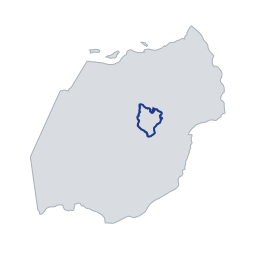 Iringa, Iringa, United Republic of Tanzania shown in context, rotated 262°
{"feature_id": "72390352B92646008536074", "entity_name": "Iringa", "entity_type": "district", "adm_level": 2, "iso_a3": "TZA", "parent_name": "United Republic of Tanzania", "parent_adm1": "Iringa", "projection": "robinson", "projection_center": [35.361, -7.564], "detail": "fine", "context": "in_parent", "style": "outline", "palette": "blue", "viewbox_px": 256, "rotation_deg": 262, "n_neighbors": 0, "source": "geoboundaries", "source_scale": "gbopen_adm2", "svg_char_len": 7898}
<svg xmlns="http://www.w3.org/2000/svg" viewBox="0 0 256 256"><g transform="rotate(262 128 128)"><path d="M95.5,185.4L92.8,183.8L90.4,182.8L88.4,181.7L87.5,180.7L85.6,180.3L84.0,180.1L82.5,179.1L79.4,178.7L79.0,178.1L79.0,176.6L78.4,176.3L77.3,175.9L76.1,175.9L75.3,176.1L74.9,176.0L73.9,175.1L73.0,174.1L72.6,172.3L71.2,171.2L69.6,170.3L65.0,170.4L64.3,170.2L63.2,169.3L62.0,167.8L60.9,166.2L60.0,163.9L59.1,160.9L53.9,148.8L53.3,146.5L52.3,143.9L50.6,140.8L48.9,138.5L46.5,136.4L43.8,134.3L42.3,132.9L39.5,127.2L38.9,124.6L38.4,121.8L38.6,120.7L40.4,117.1L40.5,116.1L40.3,114.7L39.4,111.9L38.3,108.5L36.1,102.2L35.8,100.6L35.8,99.4L37.1,93.1L37.1,92.2L42.3,92.3L46.1,89.5L49.4,85.3L50.1,83.6L51.4,80.9L52.8,79.6L53.3,78.7L54.0,76.0L55.8,74.2L57.4,72.8L57.1,71.8L57.3,71.4L58.3,70.7L60.1,70.1L60.4,68.7L60.4,67.1L60.1,66.2L60.2,65.2L59.9,64.6L58.7,64.5L57.0,63.7L55.5,63.4L54.5,62.9L54.1,62.6L54.0,61.6L54.8,59.2L54.0,58.2L55.8,54.1L56.1,53.6L56.8,53.6L57.8,53.1L58.8,52.9L59.6,53.1L60.2,52.9L60.7,52.5L61.1,51.1L61.5,48.8L61.3,46.9L60.5,45.5L60.3,43.3L60.7,40.4L60.4,37.9L59.6,35.9L58.7,34.8L57.4,34.2L55.3,31.2L54.7,29.8L54.8,28.9L55.5,28.5L56.8,28.6L58.1,28.3L59.2,27.5L60.3,27.2L60.9,27.3L113.0,27.3L173.8,65.8L174.0,66.2L174.5,69.5L174.4,70.7L173.5,72.6L173.2,73.6L173.2,74.3L173.4,74.5L174.2,74.6L174.9,75.1L175.2,75.4L175.7,76.9L176.3,77.6L199.4,96.4L199.9,96.7L199.6,98.3L198.3,102.1L198.2,103.7L197.7,105.6L197.2,106.9L195.9,112.3L194.8,114.3L193.2,119.0L193.0,122.6L193.8,125.2L194.1,127.5L195.9,129.9L197.3,130.7L198.3,131.8L200.0,134.2L201.0,136.6L204.0,137.8L205.2,140.6L204.8,142.4L203.4,144.0L202.0,146.5L200.9,149.9L200.9,154.9L201.6,154.2L203.2,155.4L203.4,159.1L201.8,163.5L201.2,165.5L201.2,167.3L202.4,172.5L204.2,175.1L204.1,176.0L203.6,176.6L206.7,181.3L206.4,185.4L207.6,188.6L208.1,191.3L208.9,193.5L209.0,194.9L208.1,196.5L210.3,196.9L211.7,198.3L212.3,199.5L214.0,199.5L214.9,200.3L216.2,201.0L219.0,203.2L219.8,204.2L220.2,205.2L212.3,212.0L209.5,213.7L207.5,214.5L205.3,214.9L203.3,216.0L201.3,217.6L198.8,218.5L195.8,218.5L192.6,219.6L187.6,223.1L184.7,221.2L182.4,220.6L179.8,220.6L178.2,220.9L177.6,221.3L177.1,222.4L176.7,224.4L174.9,226.2L171.9,228.0L169.1,228.7L166.6,228.2L164.8,227.5L163.9,226.5L162.6,226.0L160.9,226.1L159.2,226.8L157.6,228.2L155.0,228.8L151.5,228.6L149.6,227.9L149.4,226.8L147.8,225.4L145.0,223.9L142.9,223.8L141.6,225.3L140.4,226.3L139.3,226.6L138.3,226.7L136.9,226.3L133.0,226.1L129.3,226.2L128.9,224.0L128.1,222.7L127.5,221.9L126.2,221.7L125.9,221.1L125.4,219.8L124.8,218.7L124.0,217.7L123.5,216.8L123.3,216.0L123.4,215.1L124.2,212.9L124.4,211.4L124.4,209.9L123.9,208.3L123.1,206.4L123.2,205.8L122.9,204.6L122.8,203.7L123.0,202.5L122.8,201.1L122.1,197.9L122.1,197.1L121.3,195.6L118.8,191.9L118.7,191.5L114.9,187.8L113.3,187.0L112.8,187.7L112.6,188.3L112.7,189.5L112.6,190.1L112.5,190.4L111.6,190.3L111.0,190.2L109.5,189.2L108.4,189.0L105.6,189.1L104.6,189.4L103.8,189.1L102.3,187.5L100.6,187.1L99.0,187.0L96.4,185.1L95.5,185.4ZM204.4,124.6L205.7,128.6L205.5,129.3L204.6,129.8L204.2,129.8L203.6,129.2L203.2,127.9L202.6,128.2L201.4,126.6L200.2,126.5L199.2,124.6L199.6,122.9L199.4,120.0L200.7,118.6L201.4,116.1L202.2,117.8L202.3,120.4L203.4,123.5L204.4,124.6ZM210.6,100.7L210.7,101.7L210.5,102.6L210.5,105.4L210.4,107.3L209.4,109.9L208.7,110.9L208.0,110.6L207.4,110.2L207.0,109.4L207.9,104.7L207.4,101.1L209.2,101.5L210.6,100.7ZM207.9,158.5L207.0,158.7L206.7,158.5L206.1,157.7L207.1,157.0L208.0,155.7L210.2,153.8L211.2,152.3L211.0,153.8L209.8,157.0L208.8,157.3L207.9,158.5Z" fill="#d9dde1" stroke="#a8b0b8" stroke-width="1"/><path d="M131.3,138.7L130.5,138.4L130.4,138.4L130.1,138.3L129.9,138.2L129.7,138.3L129.5,138.2L129.4,138.3L129.1,138.0L128.9,138.0L128.7,138.0L128.5,138.3L128.3,138.4L128.2,138.5L127.9,138.6L127.7,138.7L127.5,138.9L127.4,139.0L126.9,139.4L126.7,139.4L126.6,139.5L126.2,139.8L126.2,140.0L125.9,140.2L125.7,140.3L125.5,140.5L125.4,140.5L125.1,140.9L124.9,140.9L124.6,141.1L124.5,141.4L124.4,141.5L124.1,142.2L123.9,142.5L123.7,142.6L123.6,142.9L123.5,143.0L123.4,143.3L123.2,143.4L123.2,143.5L123.0,143.8L122.8,143.8L122.7,144.0L122.4,144.1L122.2,144.1L122.0,144.4L121.8,144.4L121.7,144.5L121.8,144.6L121.7,144.9L121.4,145.0L121.3,145.3L121.2,145.3L120.9,145.4L120.7,145.6L120.6,145.8L120.6,146.0L120.4,146.0L120.2,146.0L119.9,146.2L119.7,146.1L119.4,146.1L119.2,146.2L119.1,146.3L118.9,146.3L118.6,146.4L118.4,146.4L118.3,146.2L117.9,146.4L117.7,146.3L117.5,146.2L117.4,146.3L117.2,146.4L116.9,146.7L116.6,147.0L116.7,149.4L117.8,151.2L117.8,151.7L118.0,151.9L118.2,152.2L119.2,153.8L119.4,153.9L119.8,153.9L120.3,153.8L120.8,153.7L121.8,153.5L122.8,153.7L123.2,153.6L123.8,153.7L124.2,153.8L124.7,154.0L124.8,154.1L125.0,154.4L125.3,154.8L125.8,155.6L126.2,155.9L126.5,156.3L126.9,156.6L127.5,157.0L127.5,157.4L127.6,157.6L127.7,158.0L127.9,158.1L127.9,158.4L128.0,158.5L128.2,158.9L128.4,159.3L128.6,159.7L128.6,159.9L128.7,160.0L128.8,160.2L128.9,160.3L129.0,160.6L129.6,160.8L130.0,161.0L130.6,161.4L130.9,161.5L131.2,161.7L131.6,161.8L131.8,161.8L132.1,161.7L132.6,161.6L132.6,162.0L132.7,162.3L132.7,162.5L132.7,162.8L132.8,162.8L132.8,163.1L133.0,163.1L133.1,162.9L133.4,162.6L133.6,162.5L133.8,162.3L133.9,162.0L134.0,161.9L134.0,161.6L134.1,161.4L134.4,161.3L134.5,161.4L134.8,161.5L135.0,161.5L135.4,161.4L135.6,161.3L135.9,161.6L136.1,161.7L136.2,162.0L136.3,162.1L136.3,162.3L136.4,162.5L136.5,162.8L136.8,162.9L136.9,163.0L137.3,163.0L137.6,163.2L138.0,163.5L138.2,163.4L138.3,163.4L138.5,163.4L138.7,163.2L138.8,163.1L139.0,162.9L139.3,162.8L139.4,162.5L139.5,162.5L139.7,162.0L139.6,161.9L139.7,161.6L139.9,161.4L140.1,161.2L140.4,161.0L140.5,160.7L140.6,160.3L141.1,160.0L141.1,159.9L141.3,159.8L141.5,159.8L141.7,159.7L141.9,159.7L142.0,159.5L142.2,159.4L142.3,159.2L142.6,159.0L142.6,158.9L142.4,158.4L142.4,158.1L142.6,157.8L142.7,157.7L142.9,157.5L143.0,157.4L143.2,157.0L143.3,157.0L143.4,156.7L143.5,156.6L143.5,156.4L143.4,156.3L143.5,156.2L143.4,156.2L143.4,155.8L143.3,155.7L143.3,155.4L143.2,155.3L143.4,155.1L143.2,155.2L142.9,155.1L142.8,154.9L142.7,154.8L142.4,155.0L142.3,154.9L142.2,155.0L142.1,154.9L142.0,155.0L141.6,155.6L141.5,155.9L141.3,156.2L141.1,156.1L140.8,156.0L140.7,155.8L140.6,155.6L140.7,155.4L140.7,155.1L140.3,154.9L140.2,154.9L139.9,154.9L139.7,154.8L139.7,154.7L139.6,154.4L139.6,154.2L139.6,153.9L139.7,153.7L140.0,153.8L140.5,153.7L140.5,153.4L140.4,153.3L140.4,153.2L140.5,153.1L140.4,153.0L140.5,152.9L140.8,152.7L141.0,152.5L141.1,152.4L141.4,152.2L141.8,152.2L142.0,152.2L142.4,152.3L142.5,152.3L143.0,152.3L143.3,152.4L143.6,152.5L143.9,152.4L144.3,152.0L144.5,151.8L144.8,150.9L144.7,150.3L144.6,150.2L145.0,149.9L145.0,149.4L145.2,149.1L145.2,148.8L145.2,148.7L145.3,148.6L145.5,148.5L145.6,148.4L146.1,147.8L146.2,147.7L146.4,147.5L146.6,147.5L146.8,147.2L147.1,146.8L147.4,146.6L148.0,146.4L148.8,146.0L148.9,145.8L149.3,145.0L149.4,144.7L149.7,143.7L149.8,143.3L149.8,143.2L149.7,142.9L149.3,143.0L149.2,143.0L149.1,142.8L148.9,142.8L148.9,142.6L148.4,142.5L148.2,142.5L148.1,142.4L147.9,142.5L147.7,142.6L147.6,142.4L147.3,142.3L147.0,142.4L146.7,142.4L146.3,142.6L146.2,142.7L145.8,142.3L145.3,142.2L145.0,142.1L144.9,142.1L144.7,142.1L144.5,141.9L144.4,141.8L144.1,141.8L144.0,141.7L143.8,141.8L143.6,141.9L143.4,141.9L143.5,141.8L143.4,141.9L143.2,141.9L142.9,141.8L142.7,141.8L142.5,141.7L142.4,141.8L142.3,141.6L142.1,141.7L141.9,141.6L141.7,141.5L141.7,141.3L141.2,141.2L140.7,140.7L140.4,140.7L140.1,140.5L139.9,140.5L139.7,140.3L139.6,140.2L138.9,140.4L138.9,140.2L138.6,140.1L138.4,139.8L138.3,139.4L138.1,139.1L137.8,139.2L137.7,139.2L137.4,139.0L137.3,138.9L137.0,138.9L136.8,138.7L135.9,138.9L135.4,138.9L135.2,138.9L134.5,139.4L134.5,139.6L134.2,139.7L134.1,139.9L133.9,140.0L133.5,139.9L133.3,139.7L132.7,139.7L132.3,139.4L132.2,139.3L132.0,139.1L131.8,139.0L131.4,138.8L131.3,138.7Z" fill="none" stroke="#1e3a8a" stroke-width="2"/></g></svg>